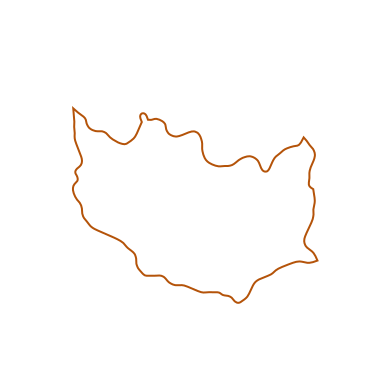 Esperalvillo, Monte Plata, Dominican Republic (orthographic projection), rotated 24°
{"feature_id": "3306468B42523335746622", "entity_name": "Esperalvillo", "entity_type": "district", "adm_level": 2, "iso_a3": "DOM", "parent_name": "Dominican Republic", "parent_adm1": "Monte Plata", "projection": "orthographic", "projection_center": [-70.059, 18.855], "detail": "fine", "context": "isolated", "style": "outline", "palette": "amber", "viewbox_px": 384, "rotation_deg": 24, "n_neighbors": 0, "source": "geoboundaries", "source_scale": "gbopen_adm2", "svg_char_len": 3637}
<svg xmlns="http://www.w3.org/2000/svg" viewBox="0 0 384 384"><g transform="rotate(24 192 192)"><path d="M334.5,203.6L330.9,200.4L328.0,198.4L325.9,197.5L319.8,196.0L317.9,195.1L317.1,194.5L315.6,193.0L314.5,191.3L313.7,189.0L313.4,186.6L313.3,182.9L313.5,171.5L313.3,167.7L312.8,165.3L312.2,163.2L310.0,158.6L308.5,152.2L307.8,150.2L306.3,147.4L301.6,140.1L299.0,139.7L297.3,139.1L296.6,138.6L295.8,137.8L294.9,135.8L293.6,131.5L291.5,126.9L290.9,124.8L290.4,121.2L290.3,113.8L290.1,111.5L289.6,109.2L289.2,108.1L288.1,106.3L286.7,104.8L285.1,103.5L280.4,101.3L275.9,98.6L271.8,96.7L271.4,102.4L270.9,104.3L270.6,105.3L270.0,106.1L269.4,106.8L266.2,108.9L263.6,111.0L261.1,113.4L259.6,115.1L258.4,117.0L256.6,120.9L254.2,125.5L253.6,127.5L253.3,129.8L253.2,132.0L253.2,138.6L253.0,140.5L252.4,142.3L251.7,143.0L250.8,143.5L249.9,143.8L248.9,143.8L248.0,143.6L247.1,143.2L245.4,142.0L241.5,138.2L239.7,136.8L238.7,136.3L237.6,135.9L235.4,135.4L233.2,135.3L231.0,135.6L229.9,136.0L227.9,137.1L226.1,138.6L224.4,140.2L223.0,142.0L221.7,143.9L219.8,147.7L218.8,149.5L217.6,151.1L216.0,152.5L214.3,153.6L211.4,154.9L207.9,156.8L206.0,157.7L202.7,158.4L199.3,158.6L195.9,158.4L193.7,157.9L191.6,157.0L189.7,155.7L187.2,153.3L185.0,150.5L183.8,148.6L181.6,143.6L180.4,141.7L178.9,139.9L177.3,138.2L175.5,136.8L173.5,135.8L172.4,135.6L170.2,135.6L169.2,135.8L167.2,136.8L164.7,138.9L160.0,143.8L157.5,146.1L155.7,147.4L154.7,147.9L152.5,148.5L151.4,148.6L149.2,148.6L147.1,148.2L146.1,147.7L144.4,146.6L143.0,145.3L140.4,141.5L139.7,140.8L138.0,139.9L136.1,139.4L132.9,139.2L129.9,139.6L128.2,140.4L125.7,142.5L124.9,142.9L122.4,143.9L119.7,141.1L118.2,140.1L117.3,139.8L116.3,139.7L115.4,139.9L114.4,140.5L113.8,141.5L113.6,142.4L113.7,143.4L114.0,144.3L115.0,145.8L117.7,148.5L117.8,161.0L117.5,164.6L116.9,166.9L115.3,170.2L112.6,174.5L110.9,175.8L108.8,176.4L106.6,176.7L104.3,176.8L98.3,176.2L94.9,175.4L90.5,173.5L89.4,173.1L87.4,172.9L85.3,173.1L84.2,173.5L81.1,174.9L79.0,175.6L75.8,175.9L73.7,175.7L71.6,175.1L69.6,173.8L67.9,172.3L65.6,169.2L64.2,168.1L62.3,167.3L55.6,165.8L49.5,163.9L55.9,175.6L57.9,180.5L60.9,185.9L62.1,188.9L63.1,190.8L64.4,192.6L66.7,195.1L76.4,204.8L77.8,206.5L78.9,208.4L79.5,210.5L79.5,212.6L78.9,214.5L77.4,217.6L77.0,219.3L77.0,220.2L77.2,221.1L77.6,221.8L78.1,222.5L80.0,223.9L81.2,225.0L82.2,226.4L82.5,227.1L82.7,227.9L82.7,228.7L81.4,232.7L81.2,234.6L81.6,236.7L82.5,238.7L84.6,241.4L87.2,243.8L90.0,245.7L93.8,247.5L96.2,249.4L98.1,251.8L100.5,256.3L102.5,258.6L104.1,259.8L107.9,261.7L111.4,263.6L113.3,264.5L115.6,265.1L117.9,265.4L121.4,265.5L139.5,265.4L143.1,265.5L146.6,265.8L150.0,266.5L154.6,268.7L156.5,269.4L160.7,270.4L162.8,271.0L164.7,271.9L165.5,272.5L166.9,274.0L168.1,275.6L170.4,280.2L171.7,281.7L173.2,283.1L174.0,283.7L175.9,284.7L180.3,286.7L182.1,287.2L183.0,287.3L184.8,286.9L191.9,283.7L196.3,281.5L198.2,281.0L200.3,281.0L201.4,281.2L203.2,281.9L205.8,283.2L207.7,283.9L209.8,284.2L212.0,284.3L214.2,284.0L215.2,283.7L220.7,281.2L222.9,280.6L226.5,280.3L237.4,280.1L241.0,279.8L243.3,279.2L245.1,278.3L248.7,276.4L252.6,274.8L255.9,273.3L257.6,272.9L258.4,272.9L261.5,273.5L262.3,273.5L263.9,273.2L267.3,272.2L269.3,272.1L271.2,272.4L275.3,274.4L276.1,274.6L278.0,274.8L278.9,274.6L279.8,274.2L280.5,273.6L281.1,272.9L283.5,268.9L284.4,267.1L285.1,265.1L285.5,261.7L285.7,252.6L286.0,250.3L286.6,248.2L287.6,246.3L288.8,244.6L295.5,237.6L297.6,235.2L298.7,233.4L300.4,229.5L302.1,226.9L304.9,223.7L309.6,218.9L312.9,215.7L315.6,213.4L317.6,212.2L318.7,211.6L320.7,211.0L326.0,209.8L328.1,208.9L331.0,206.9L334.5,203.6Z" fill="none" stroke="#b45309" stroke-width="2"/></g></svg>